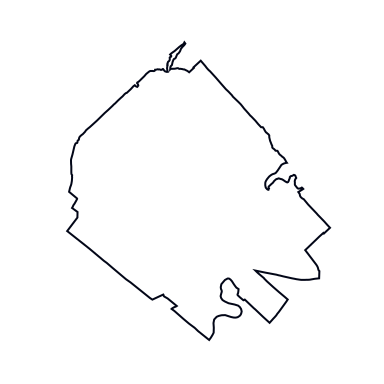 Siminicea, Suceava, Romania, rotated 80°
{"feature_id": "2599482B41742181273459", "entity_name": "Siminicea", "entity_type": "district", "adm_level": 2, "iso_a3": "ROU", "parent_name": "Romania", "parent_adm1": "Suceava", "projection": "albers", "projection_center": [26.395, 47.713], "detail": "fine", "context": "isolated", "style": "outline", "palette": "ink", "viewbox_px": 384, "rotation_deg": 80, "n_neighbors": 0, "source": "geoboundaries", "source_scale": "gbopen_adm2", "svg_char_len": 5901}
<svg xmlns="http://www.w3.org/2000/svg" viewBox="0 0 384 384"><g transform="rotate(80 192 192)"><path d="M325.1,127.2L316.1,117.9L314.5,116.4L311.4,118.9L305.8,123.6L299.6,128.6L292.9,133.8L289.7,136.0L289.3,136.1L283.8,140.7L282.5,141.7L280.4,143.2L284.2,133.6L288.1,123.2L288.9,121.5L289.3,120.6L289.5,120.0L290.9,116.9L294.3,108.7L295.4,105.8L296.0,104.3L297.3,100.4L297.5,99.6L298.6,93.2L298.8,91.2L298.8,88.2L298.8,86.2L299.1,81.8L292.0,80.3L291.3,80.8L290.5,81.0L289.5,81.1L288.8,81.1L287.3,81.4L286.7,81.6L285.2,82.2L268.9,90.6L260.0,77.3L258.1,74.5L255.1,69.7L255.8,69.3L251.2,62.3L247.7,64.6L244.1,66.8L236.3,72.1L234.9,72.9L224.5,79.8L218.5,83.2L217.9,84.0L217.5,84.5L216.3,85.5L215.4,86.0L214.8,86.2L213.9,86.3L212.6,86.3L210.5,87.3L208.6,82.5L208.3,81.9L206.9,82.8L206.7,83.1L207.1,84.1L207.3,84.9L207.3,85.2L207.2,85.7L207.2,86.4L207.1,86.8L207.0,87.0L206.7,87.3L206.2,87.7L203.2,89.3L202.4,89.4L200.3,89.0L199.5,89.0L198.5,88.7L198.0,88.4L197.5,88.2L197.1,87.8L196.6,87.2L196.3,86.9L194.7,87.3L194.2,87.3L193.3,87.8L193.2,87.9L193.1,88.2L192.9,88.5L192.8,88.8L192.9,89.0L193.2,89.6L193.6,91.0L193.5,91.4L193.5,91.8L193.9,92.6L194.4,93.1L194.8,93.1L195.8,93.6L196.6,94.2L197.6,94.7L198.5,95.3L198.9,95.7L199.0,96.1L199.1,96.6L199.0,96.8L198.5,97.3L198.2,97.9L197.0,99.1L196.5,99.6L195.8,100.3L195.5,100.8L195.0,101.3L194.9,101.5L194.8,102.0L194.6,102.4L193.7,104.1L193.6,104.5L193.7,104.9L193.9,105.3L193.9,106.4L194.0,106.8L194.2,107.2L195.3,109.0L196.0,109.8L196.5,110.2L197.2,111.1L197.9,112.4L198.6,113.4L199.8,115.3L200.1,115.6L200.8,115.8L201.2,115.8L201.5,115.6L201.9,115.5L202.0,115.6L202.3,116.0L202.5,116.1L203.1,116.3L203.1,116.5L202.8,117.0L202.2,117.6L200.7,118.5L200.4,118.6L198.3,118.7L196.5,118.4L195.7,118.2L195.1,118.0L194.0,117.3L192.5,116.0L191.0,114.3L190.1,113.2L189.6,112.3L188.8,110.7L188.6,110.0L188.4,109.3L188.2,107.6L187.9,106.6L187.6,106.0L186.0,104.2L182.7,101.0L181.0,99.4L180.8,99.1L180.6,98.7L180.2,97.6L179.9,96.6L179.8,95.6L179.7,94.8L179.7,93.5L178.5,94.1L177.3,94.4L175.0,95.3L174.0,95.9L172.7,97.2L171.9,97.7L170.6,98.9L169.5,99.6L167.0,100.4L166.3,100.7L165.8,102.6L164.8,103.1L163.9,103.8L163.0,104.7L162.2,105.2L160.1,105.0L159.3,105.4L158.0,105.6L155.1,106.2L151.5,106.4L149.7,106.1L148.4,106.7L147.6,107.5L146.5,108.3L146.1,108.8L144.2,109.6L142.2,110.2L140.5,111.0L140.4,111.3L140.2,112.7L136.5,115.1L132.8,117.2L127.9,120.5L126.8,121.4L124.5,122.7L118.7,126.3L117.3,127.0L114.2,128.7L111.6,130.5L108.6,132.7L104.9,135.4L104.1,135.6L99.7,138.5L96.6,140.8L91.0,144.2L83.3,148.8L76.2,153.3L75.0,154.3L73.8,155.1L72.1,156.1L70.3,157.0L64.2,160.6L69.5,168.9L70.1,168.6L71.0,170.0L73.6,174.0L72.7,174.8L71.9,175.6L70.7,177.3L70.2,177.9L69.9,178.4L69.7,179.4L69.3,180.1L68.7,181.9L68.5,183.2L68.3,183.5L67.8,184.0L67.6,184.5L67.5,185.0L67.6,186.6L67.6,187.5L67.4,189.0L67.1,191.1L67.1,191.6L67.5,192.2L65.6,191.7L64.9,191.4L64.2,190.8L63.6,189.9L63.4,189.7L60.5,188.5L58.4,187.2L57.9,186.6L57.5,185.3L57.0,184.7L54.6,183.2L53.7,182.5L53.2,181.3L51.9,179.9L51.1,179.2L49.2,178.1L47.7,176.5L46.0,174.1L44.7,172.8L43.3,173.5L44.5,174.4L45.0,175.2L45.7,177.0L46.9,179.3L50.2,184.7L51.1,186.7L51.9,188.3L52.8,189.7L54.3,188.8L54.5,188.8L55.1,189.1L55.4,190.3L55.6,190.5L55.9,190.7L56.6,190.7L57.6,190.9L58.2,191.1L58.8,191.6L59.3,192.2L59.5,192.8L59.9,193.1L60.5,193.5L61.8,193.8L61.8,194.0L62.8,194.0L62.9,194.4L63.3,194.4L64.0,194.5L65.5,195.0L66.0,195.1L68.5,195.1L69.4,194.9L69.4,195.6L69.2,196.4L68.9,196.8L68.6,197.5L68.0,198.0L66.4,198.9L65.9,199.1L65.8,199.3L66.0,199.9L66.3,200.2L66.4,200.7L66.3,201.4L66.2,201.8L65.9,202.1L65.6,202.8L65.5,203.8L65.2,204.3L65.2,204.7L65.3,205.9L65.3,206.3L65.2,207.1L65.6,207.2L66.1,207.7L66.2,208.0L66.3,208.6L66.2,209.1L66.0,209.8L65.8,210.3L65.8,210.9L65.6,211.8L65.6,212.2L66.0,213.4L67.8,216.6L69.7,218.9L74.0,225.2L74.7,226.9L75.2,227.2L75.5,227.1L75.9,226.8L76.7,226.5L77.8,226.4L78.0,226.5L78.2,226.9L78.9,227.5L79.0,227.7L78.8,228.0L78.6,228.2L78.4,228.6L78.1,228.9L78.0,229.1L77.8,229.3L76.9,229.8L77.7,231.4L79.9,234.2L82.2,237.7L83.1,239.1L83.1,239.7L83.2,240.1L84.0,241.5L85.8,243.8L86.8,245.5L89.0,248.9L91.4,252.3L92.3,253.9L93.2,255.1L96.5,260.1L98.9,264.0L105.2,273.2L110.3,281.3L111.5,283.5L113.0,285.9L113.9,286.6L116.0,289.4L116.9,291.2L118.1,293.0L119.4,293.9L120.5,294.2L121.0,294.5L121.5,295.6L121.8,295.8L123.4,296.3L123.7,296.5L123.8,297.1L123.8,297.7L123.9,298.1L124.3,298.5L126.6,299.9L134.3,303.2L138.4,305.2L139.5,305.6L140.7,305.8L143.3,306.2L145.8,306.4L151.5,307.4L153.2,307.6L153.8,307.5L154.2,307.3L154.6,307.1L156.0,307.5L156.7,307.5L160.3,308.4L163.1,309.4L164.7,310.2L165.6,310.8L167.2,311.6L169.1,312.4L169.9,312.8L170.5,313.0L178.3,306.4L178.8,306.3L180.4,307.5L183.2,309.8L183.8,310.5L184.6,311.2L186.1,312.2L186.9,312.9L191.8,308.2L197.3,309.3L208.8,321.7L230.2,302.7L244.5,290.7L247.0,288.3L252.5,283.8L266.5,272.1L270.4,268.2L289.1,251.8L291.1,249.7L288.0,238.1L288.5,237.9L289.4,237.9L290.1,237.5L292.6,234.5L301.6,226.8L302.0,227.7L302.4,229.7L303.1,231.6L303.6,232.4L306.1,230.0L315.6,222.4L321.1,217.8L326.3,212.9L330.0,210.2L340.7,200.8L338.7,198.7L336.3,196.6L334.3,195.1L329.5,194.1L324.8,193.6L321.4,192.3L319.2,189.4L318.7,187.3L318.5,184.4L319.0,180.7L321.9,175.2L322.9,172.7L323.3,170.6L323.2,168.7L322.3,166.6L321.2,165.3L319.9,164.5L318.2,163.8L315.7,164.0L313.6,164.9L311.9,166.3L310.2,169.6L307.9,175.3L305.5,178.7L303.7,180.7L301.5,181.7L299.5,181.9L297.0,180.8L295.4,180.0L294.0,179.9L292.5,180.3L290.7,180.2L287.9,179.1L284.4,174.9L283.4,172.0L283.6,170.7L284.8,169.4L286.7,168.2L290.3,166.7L292.2,165.8L293.9,164.9L295.4,163.3L295.7,163.0L298.5,163.8L299.8,164.3L300.6,164.9L301.1,165.0L301.6,164.9L303.9,163.2L306.2,161.3L307.5,160.2L307.6,159.9L307.4,159.4L307.1,159.0L307.1,158.7L317.3,151.2L318.6,150.1L327.3,143.7L334.3,138.3L330.5,133.5L330.1,132.9L328.2,130.5L326.8,129.2L325.1,127.2Z" fill="none" stroke="#020617" stroke-width="2"/></g></svg>